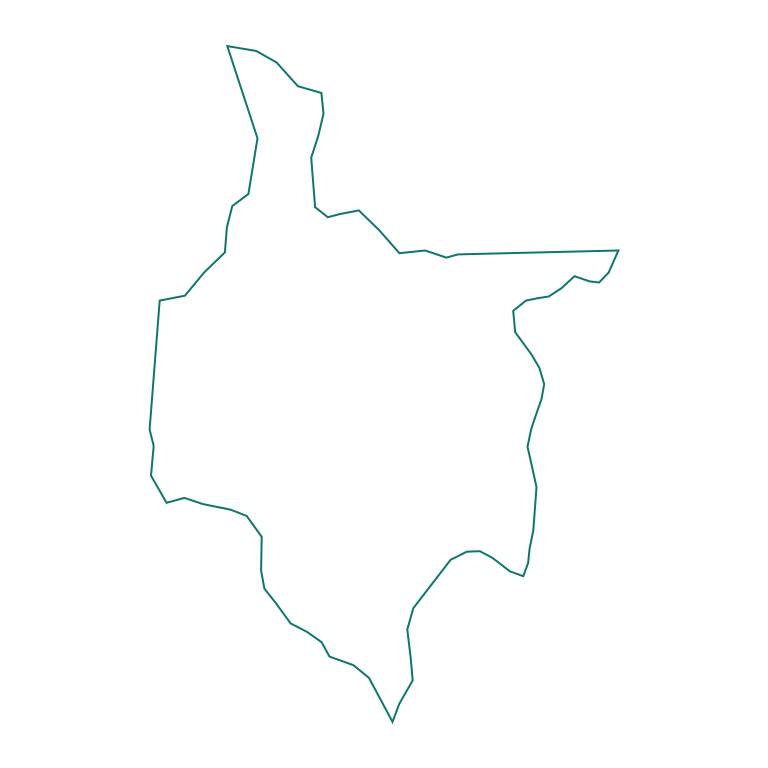 Nova Veneza, Goiás, Brazil
{"feature_id": "56859067B10589714904622", "entity_name": "Nova Veneza", "entity_type": "district", "adm_level": 2, "iso_a3": "BRA", "parent_name": "Brazil", "parent_adm1": "Goiás", "projection": "natural_earth1", "projection_center": [-49.299, -16.355], "detail": "fine", "context": "isolated", "style": "outline", "palette": "teal", "viewbox_px": 768, "rotation_deg": 0, "n_neighbors": 0, "source": "geoboundaries", "source_scale": "gbopen_adm2", "svg_char_len": 1070}
<svg xmlns="http://www.w3.org/2000/svg" viewBox="0 0 768 768"><path d="M392.5,721.9L399.4,703.6L412.7,680.4L410.6,657.1L407.3,629.5L413.3,608.2L450.6,559.8L466.8,551.7L479.9,551.2L492.8,558.1L509.8,571.3L523.3,576.2L528.1,563.0L529.6,548.6L533.3,530.5L536.5,487.2L531.7,465.2L527.5,446.8L531.3,428.7L537.7,409.9L541.5,399.2L544.2,384.2L539.4,367.9L531.3,354.2L515.2,332.2L513.2,310.9L525.9,300.6L537.7,298.2L548.7,296.5L561.6,288.1L574.5,276.2L589.3,281.3L599.1,282.5L608.7,272.5L618.4,250.5L458.0,254.4L446.4,257.6L425.0,250.5L399.4,253.2L379.0,230.0L358.8,210.4L339.7,214.1L327.8,217.2L315.1,207.2L311.2,157.6L318.3,135.8L323.5,113.8L321.4,93.0L297.9,86.2L276.6,62.5L256.3,51.0L227.3,46.1L257.5,138.3L248.4,194.0L232.3,206.0L226.9,227.3L224.9,252.4L204.1,272.5L184.9,295.7L159.7,300.6L149.6,429.5L153.7,445.9L151.0,475.7L166.6,502.8L184.3,497.9L203.0,504.1L230.7,509.7L246.7,516.0L261.7,536.8L261.1,570.6L264.4,588.7L276.0,603.3L290.6,623.4L307.0,631.9L321.6,642.2L329.5,656.6L353.4,665.2L369.0,677.9L392.5,721.9Z" fill="none" stroke="#0f766e" stroke-width="2"/></svg>